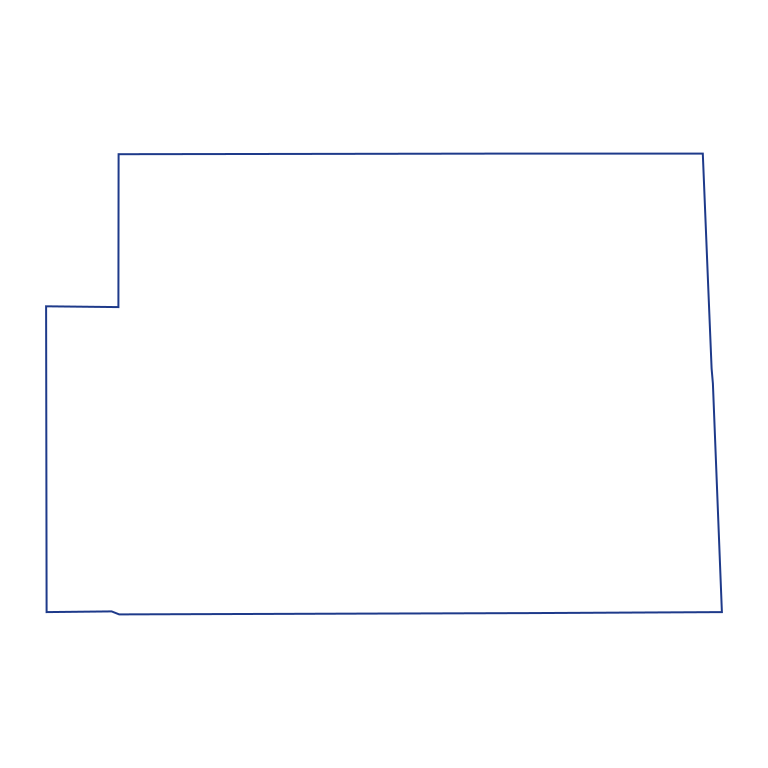 George, Mississippi, United States of America (Natural Earth projection)
{"feature_id": "52423323B66820493102445", "entity_name": "George", "entity_type": "district", "adm_level": 2, "iso_a3": "USA", "parent_name": "United States of America", "parent_adm1": "Mississippi", "projection": "natural_earth1", "projection_center": [-88.654, 30.866], "detail": "fine", "context": "isolated", "style": "outline", "palette": "blue", "viewbox_px": 768, "rotation_deg": 0, "n_neighbors": 0, "source": "geoboundaries", "source_scale": "gbopen_adm2", "svg_char_len": 305}
<svg xmlns="http://www.w3.org/2000/svg" viewBox="0 0 768 768"><path d="M118.6,154.2L118.4,307.1L46.1,306.3L46.6,612.1L111.6,611.4L119.2,614.4L366.3,613.6L528.4,613.1L721.9,612.1L712.9,383.6L711.6,368.5L708.0,281.4L702.8,153.6L505.1,153.6L118.6,154.2Z" fill="none" stroke="#1e3a8a" stroke-width="2"/></svg>